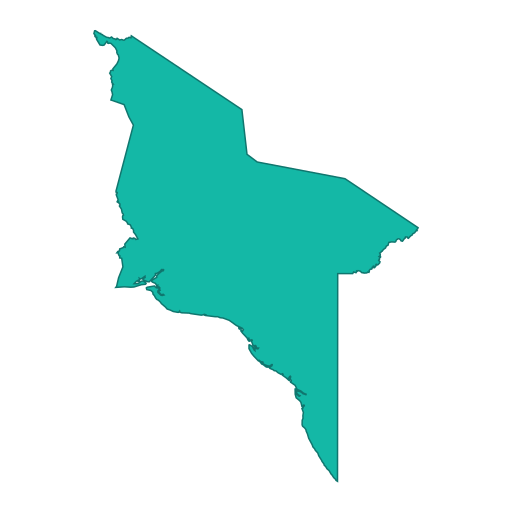 outline of Kerema District, Gulf, Papua New Guinea
{"feature_id": "67681753B5662313405316", "entity_name": "Kerema District", "entity_type": "district", "adm_level": 2, "iso_a3": "PNG", "parent_name": "Papua New Guinea", "parent_adm1": "Gulf", "projection": "orthographic", "projection_center": [146.045, -7.858], "detail": "fine", "context": "isolated", "style": "filled", "palette": "teal", "viewbox_px": 512, "rotation_deg": 0, "n_neighbors": 0, "source": "geoboundaries", "source_scale": "gbopen_adm2", "svg_char_len": 6054}
<svg xmlns="http://www.w3.org/2000/svg" viewBox="0 0 512 512"><path d="M418.1,227.7L345.0,178.7L257.2,162.0L247.0,154.3L241.9,109.6L131.3,35.8L130.9,37.8L129.0,37.3L128.1,38.1L126.3,38.3L124.4,40.1L123.5,40.2L121.7,39.5L119.7,40.0L117.1,38.3L116.4,39.4L115.8,39.5L115.7,39.1L113.2,38.5L111.6,37.0L109.4,38.1L108.0,37.4L106.8,37.4L102.9,35.2L102.4,34.6L101.6,34.5L100.8,34.0L100.7,33.4L99.7,33.4L95.4,30.7L94.6,30.8L93.9,33.6L95.4,35.6L94.9,35.9L95.0,36.5L95.8,37.2L96.7,37.2L96.9,38.0L96.4,38.6L96.7,39.5L100.0,45.0L102.8,45.4L104.2,45.0L106.9,41.3L107.5,41.8L107.7,43.1L108.6,43.4L109.2,43.1L111.0,43.4L115.3,47.7L116.9,50.8L116.8,52.4L117.4,54.1L118.2,54.8L119.1,58.0L118.4,60.8L116.9,63.9L112.9,68.8L113.0,70.4L111.9,70.2L110.9,70.6L110.5,71.1L110.4,72.4L109.7,73.1L111.7,76.6L110.9,78.6L112.0,80.6L111.7,82.1L113.0,83.9L112.4,83.8L112.7,85.6L112.4,87.4L111.3,90.0L112.0,91.8L112.6,94.7L110.9,100.0L124.1,104.6L128.9,116.9L133.4,125.1L116.0,191.1L116.1,192.2L117.2,192.5L117.1,193.7L116.3,194.1L116.3,194.9L118.1,199.7L117.1,201.8L117.8,202.3L118.4,201.8L119.1,203.5L119.9,203.9L119.9,205.4L119.4,206.0L121.4,209.0L122.2,212.9L123.1,213.9L123.5,215.1L122.9,215.5L122.5,216.8L122.8,219.3L125.9,221.0L127.4,222.7L127.6,223.9L130.3,224.8L131.3,227.0L131.3,228.1L132.5,228.3L132.8,228.7L133.6,230.6L133.5,232.0L135.6,234.7L137.9,238.9L135.8,239.5L134.9,238.4L133.7,238.0L133.1,238.7L132.6,238.4L132.3,238.7L130.0,237.9L124.8,244.1L125.1,247.2L123.7,246.8L123.2,247.6L119.7,248.9L119.4,250.9L117.8,251.5L116.9,252.8L118.3,252.7L118.3,253.8L119.1,255.7L119.9,255.9L119.7,257.9L121.7,258.3L122.9,266.9L118.6,277.7L116.6,286.3L115.8,287.4L124.4,286.8L130.7,287.2L134.0,287.0L141.4,284.7L145.3,284.3L146.1,283.6L145.9,282.9L143.2,281.0L141.2,281.3L138.1,283.6L134.1,283.7L136.4,281.2L139.8,279.4L139.4,278.3L140.3,278.8L141.3,278.8L145.0,276.2L145.1,277.5L143.2,278.6L142.8,279.2L143.3,279.8L145.5,280.9L147.9,281.8L149.3,281.8L155.4,275.2L155.6,274.6L155.3,273.9L155.4,273.5L156.4,273.5L158.5,272.4L160.0,271.4L161.5,269.6L162.0,270.0L163.0,269.4L163.6,269.7L163.4,270.7L162.0,271.0L158.7,273.7L156.8,275.7L156.8,277.3L152.4,280.0L151.7,280.9L151.7,281.4L152.4,282.1L155.5,283.4L156.7,285.7L157.1,285.3L157.7,285.3L156.6,286.9L156.9,287.1L158.8,286.8L159.8,287.7L159.7,289.8L160.1,290.3L158.9,291.2L158.9,291.9L160.2,293.6L161.2,294.7L163.3,294.3L164.0,295.0L162.2,295.5L160.8,295.2L157.9,292.4L157.8,291.8L157.9,290.9L158.9,289.7L159.1,288.4L158.8,288.0L156.3,287.8L154.4,286.0L147.3,287.2L146.4,287.7L146.4,288.4L146.8,289.6L150.9,290.5L152.8,292.3L153.0,294.1L154.4,295.7L155.6,298.0L156.8,299.4L158.4,300.2L160.3,302.0L161.4,303.6L165.5,307.1L167.1,309.0L170.3,310.1L173.2,311.5L178.1,312.4L178.6,312.3L179.6,311.1L179.9,312.2L181.6,312.8L189.3,313.1L190.6,313.6L201.0,315.1L201.9,315.1L204.4,314.3L205.6,314.7L204.9,315.3L205.5,315.5L215.0,316.7L217.9,316.7L220.0,317.7L222.9,318.0L229.2,320.3L236.4,325.5L242.1,328.1L243.4,329.7L242.5,331.2L242.1,331.2L241.3,330.3L240.8,330.8L242.7,333.3L247.1,338.0L247.9,339.8L248.9,341.1L249.8,341.2L249.9,340.8L248.1,339.2L248.2,338.3L248.8,338.2L249.0,339.3L249.6,339.9L251.0,340.2L251.8,339.8L252.2,340.3L251.5,341.4L252.3,343.2L252.7,344.9L253.9,345.7L255.5,345.5L256.2,346.3L256.3,347.8L258.5,348.1L257.9,348.9L257.1,348.8L255.8,347.8L255.5,346.2L255.1,346.0L254.2,346.4L253.8,346.8L253.9,347.5L255.3,348.9L254.6,349.2L254.9,350.6L254.2,350.1L252.3,346.5L249.6,344.8L249.0,345.0L249.0,348.7L251.6,353.4L254.0,356.3L258.5,361.0L259.2,361.0L258.6,359.9L260.9,361.7L262.7,361.9L262.9,362.1L262.1,362.4L262.2,362.8L264.4,364.6L267.6,365.8L269.4,366.0L270.4,365.8L271.4,364.6L272.2,364.6L272.0,365.7L269.8,367.5L269.6,368.0L270.1,368.5L273.3,369.8L274.2,370.7L275.8,370.8L278.0,372.7L281.0,374.3L282.6,373.7L283.1,374.5L282.5,375.2L286.1,377.8L289.0,380.4L289.4,380.5L289.6,380.1L288.0,378.4L289.0,377.9L289.6,376.5L290.4,376.2L290.7,376.8L290.1,378.9L291.3,380.6L291.2,381.3L290.5,381.7L290.6,382.2L295.1,385.3L297.1,389.4L300.6,390.8L303.6,393.2L306.1,394.2L305.9,394.7L304.5,394.2L302.9,393.7L301.6,392.4L300.0,391.6L296.9,390.9L296.5,393.0L298.9,395.3L300.0,395.7L299.5,396.2L298.9,396.2L296.9,394.3L296.4,394.5L296.1,394.2L295.8,389.3L295.5,388.9L295.1,389.0L295.2,394.3L296.2,397.8L299.7,400.7L300.9,402.3L302.0,406.7L302.4,407.1L302.7,406.9L303.4,405.1L304.3,405.3L304.3,405.9L303.5,406.3L302.9,408.1L302.6,408.6L302.0,408.7L303.4,412.4L302.9,415.6L303.0,418.4L302.2,420.2L302.1,424.8L302.6,426.2L304.7,428.0L305.9,429.6L306.2,431.2L307.4,433.8L308.7,438.3L312.2,444.8L312.9,446.9L314.7,448.9L315.3,450.3L317.8,453.0L318.7,455.7L321.7,460.5L322.0,461.4L323.9,463.9L324.2,465.2L325.7,466.6L327.0,468.8L329.1,470.6L331.1,474.1L331.8,474.7L333.7,477.6L335.6,479.4L336.0,480.4L337.5,481.3L337.7,273.6L352.7,273.6L353.6,272.0L356.0,272.7L356.5,271.9L356.6,271.0L357.2,271.3L358.0,270.6L360.3,271.2L361.7,272.6L362.3,272.8L363.5,272.7L363.9,273.1L366.9,272.9L367.6,272.1L368.9,272.4L369.3,271.6L369.1,270.6L370.3,269.2L371.7,269.1L372.3,267.4L373.0,267.8L373.2,267.6L373.3,266.2L373.9,266.1L374.7,267.5L376.0,265.8L375.9,264.8L376.2,264.3L376.7,264.4L376.9,265.0L377.3,265.0L378.1,264.6L379.7,262.9L380.0,261.7L378.7,260.5L379.3,259.7L379.1,259.3L379.6,258.9L379.5,257.9L380.5,257.2L380.5,256.6L379.2,256.4L380.2,255.4L380.3,254.5L379.6,253.1L380.8,252.5L381.5,251.3L382.2,251.2L383.4,249.5L385.5,248.0L386.4,246.0L388.0,245.3L388.8,242.4L391.7,241.9L395.0,242.1L395.8,241.5L396.1,240.4L396.8,239.6L398.1,238.8L399.1,238.8L400.2,239.5L401.1,240.9L402.5,241.2L404.4,238.6L405.3,238.0L405.2,237.3L405.5,236.9L407.4,237.1L407.7,238.0L408.4,238.3L410.7,235.8L412.0,235.2L412.7,233.8L414.6,232.8L415.9,231.0L417.1,230.6L416.6,229.8L417.6,228.8L418.1,227.7ZM268.7,367.1L268.1,366.6L266.3,366.4L263.2,364.6L265.8,366.7L266.8,367.1L268.7,367.1ZM262.9,364.3L260.6,362.1L260.2,362.1L261.7,364.0L262.5,364.4L262.9,364.3ZM240.9,328.9L239.5,328.4L238.9,327.6L238.7,327.8L239.1,328.8L240.0,329.2L240.9,328.9ZM137.9,281.5L138.9,281.3L139.8,280.3L137.8,281.1L137.9,281.5Z" fill="#14b8a6" stroke="#0f766e" stroke-width="1.5"/></svg>